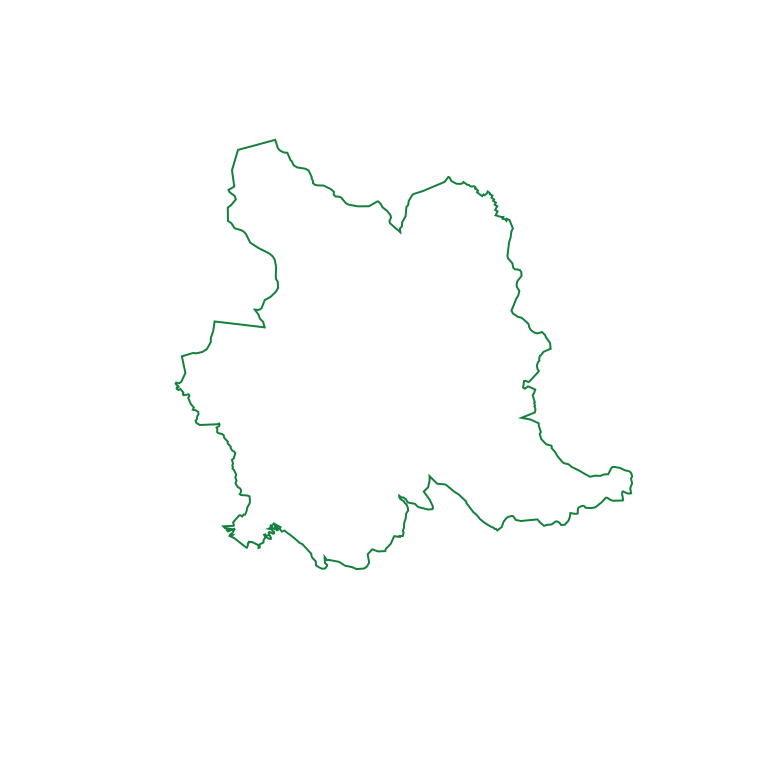 outline of Tlaola, Puebla, Mexico, rotated 309°
{"feature_id": "50627088B3423694418611", "entity_name": "Tlaola", "entity_type": "district", "adm_level": 2, "iso_a3": "MEX", "parent_name": "Mexico", "parent_adm1": "Puebla", "projection": "equal_earth", "projection_center": [-97.92, 20.163], "detail": "fine", "context": "isolated", "style": "outline", "palette": "green", "viewbox_px": 768, "rotation_deg": 309, "n_neighbors": 0, "source": "geoboundaries", "source_scale": "gbopen_adm2", "svg_char_len": 6154}
<svg xmlns="http://www.w3.org/2000/svg" viewBox="0 0 768 768"><g transform="rotate(309 384 384)"><path d="M468.3,635.1L470.3,632.3L470.6,629.9L468.5,625.2L467.3,620.2L464.3,614.9L463.3,613.8L461.5,613.6L455.0,615.0L452.4,612.1L448.6,609.8L445.8,605.9L442.0,602.9L441.3,601.6L439.5,590.1L437.7,582.3L437.7,577.8L435.7,573.7L435.7,571.3L437.2,563.7L438.8,559.9L439.7,554.5L440.7,554.1L441.4,552.9L439.2,547.9L440.2,541.0L443.0,536.6L445.4,536.1L449.2,530.3L450.8,528.9L448.6,520.2L444.2,512.1L456.7,519.1L458.7,518.3L460.3,516.9L461.2,515.0L462.4,514.8L463.7,512.7L464.7,512.7L468.8,506.6L471.2,506.4L474.9,505.0L472.8,497.5L469.0,496.4L468.8,494.3L474.6,491.0L475.6,492.0L476.3,494.9L477.3,495.4L490.2,496.3L491.6,496.1L492.2,494.0L494.5,491.2L498.0,489.9L499.8,490.1L501.8,488.3L504.4,487.4L505.3,487.9L509.3,487.7L516.3,491.3L520.3,487.3L522.2,480.5L523.4,478.4L523.8,474.0L520.0,471.6L518.6,468.5L518.3,464.3L519.4,461.3L521.5,458.7L521.9,454.9L522.1,449.1L520.5,446.1L519.9,439.9L521.2,436.9L533.9,433.0L537.1,432.7L541.4,430.7L543.2,426.0L545.0,424.2L548.1,422.9L554.4,422.9L557.3,420.4L558.0,418.1L557.4,416.3L555.5,413.5L555.6,411.4L558.6,407.8L559.7,401.4L561.4,399.2L572.8,392.1L577.7,390.1L582.7,387.0L586.0,386.3L590.4,378.3L589.6,375.6L587.9,376.4L588.3,374.4L587.0,372.1L588.9,371.5L587.6,370.1L585.3,364.5L589.7,363.6L589.2,360.8L593.5,360.1L593.0,357.1L595.4,356.8L595.0,353.6L596.7,353.4L596.4,350.3L598.7,349.7L598.1,346.9L598.9,346.5L598.9,343.5L596.4,344.0L593.9,343.3L593.9,342.1L591.8,342.1L591.6,335.6L593.4,335.5L593.6,333.1L593.1,331.9L594.5,331.4L594.4,329.5L592.6,327.9L591.9,326.2L592.1,324.8L591.3,323.4L590.9,318.6L589.4,318.7L587.4,317.3L585.2,314.1L584.1,308.7L585.8,304.9L585.4,303.7L579.1,303.9L558.1,292.6L550.1,287.3L548.3,287.1L541.9,288.0L538.2,290.2L535.7,290.0L527.9,295.2L520.9,296.4L518.0,298.7L514.8,298.5L512.2,301.2L512.7,287.3L514.1,285.7L517.8,284.7L519.2,282.8L520.5,277.7L520.4,271.6L521.9,267.9L522.3,264.8L521.6,263.9L512.7,260.5L505.6,251.9L501.2,243.8L500.5,240.8L501.9,233.3L501.4,231.3L499.4,228.7L499.3,227.4L499.5,225.7L501.8,224.1L502.0,220.2L500.2,212.1L496.5,207.3L495.3,204.6L495.4,202.4L496.9,201.4L498.3,198.3L499.3,197.7L502.4,191.3L502.0,187.8L497.7,180.3L497.1,176.2L499.1,172.0L499.1,170.6L502.9,163.3L501.4,161.4L500.4,158.7L500.0,156.0L500.5,153.0L505.3,145.8L474.0,123.2L454.4,131.4L443.2,143.4L436.9,141.0L435.9,143.6L436.2,149.7L434.2,152.7L426.7,152.6L422.8,151.6L412.5,160.1L412.9,164.3L411.1,169.4L411.4,171.1L413.7,176.2L414.1,178.8L413.8,182.0L409.6,191.2L410.7,200.9L413.3,213.0L413.1,217.4L411.8,220.9L407.1,226.5L399.5,232.2L397.5,234.2L396.7,236.9L392.1,241.2L387.6,241.9L380.2,241.0L374.3,238.5L365.6,241.2L362.8,240.1L360.5,236.8L358.9,242.9L356.7,246.4L356.2,251.0L352.9,255.6L326.0,213.0L317.8,217.9L310.7,220.5L307.7,223.0L299.6,224.4L294.6,222.7L289.9,219.0L287.8,216.0L278.3,209.5L267.6,222.7L258.2,225.1L255.6,224.3L254.3,221.6L253.2,221.8L252.8,223.0L253.0,225.2L252.3,226.2L250.9,225.2L249.9,225.8L249.9,228.0L252.0,228.9L251.1,233.4L249.2,234.3L249.3,235.5L253.0,238.6L252.4,240.2L249.9,240.7L246.9,246.3L246.0,251.1L243.7,251.6L245.0,254.0L245.4,257.1L243.9,258.8L241.6,259.1L238.7,260.8L236.9,260.6L235.7,262.5L236.2,266.6L247.8,279.8L249.5,280.7L248.9,281.9L247.7,282.3L244.8,281.3L244.1,282.9L241.7,284.5L241.5,286.0L243.2,289.6L243.3,291.7L241.6,293.7L240.9,298.9L239.6,299.7L238.8,304.4L237.8,305.0L236.9,307.5L237.1,310.7L236.6,312.0L231.5,314.1L229.4,313.5L227.1,316.8L225.1,317.4L224.4,318.9L222.9,319.5L222.7,321.7L220.6,326.2L217.8,327.2L216.3,330.0L213.3,331.1L211.9,335.2L212.3,337.8L211.7,339.5L209.7,340.9L207.6,341.3L207.7,342.7L211.3,347.9L212.1,350.2L208.9,353.3L206.5,354.8L202.5,355.3L198.0,357.5L195.0,358.2L194.2,357.0L191.8,357.1L191.5,354.9L190.9,354.2L181.6,353.8L179.8,356.2L179.1,356.3L172.3,348.7L171.9,350.9L174.5,355.4L171.5,353.9L171.3,355.5L177.2,358.8L177.0,359.3L172.9,359.9L170.1,359.2L169.1,359.5L171.2,361.4L169.1,361.0L170.0,364.9L170.2,380.0L170.5,380.5L173.1,379.7L174.5,378.5L175.3,378.9L176.4,378.3L178.3,381.3L179.5,387.0L179.1,388.6L177.6,389.7L178.6,390.3L181.1,388.3L185.0,390.1L186.6,388.8L190.2,388.3L191.4,385.7L192.5,386.5L191.1,389.6L191.3,391.8L192.3,393.5L193.2,393.0L194.3,391.0L193.7,389.1L195.2,389.1L196.0,387.9L197.0,388.1L197.8,392.1L198.8,392.5L200.0,391.3L199.6,389.9L200.4,388.4L198.8,385.3L200.5,386.2L202.9,384.9L203.9,386.2L201.9,386.9L201.6,388.1L202.4,390.0L203.7,389.3L203.8,391.4L202.8,392.6L203.5,393.4L204.6,392.9L205.5,391.4L206.0,385.1L207.6,393.7L205.9,393.9L205.0,397.5L207.4,398.8L207.8,410.6L207.5,418.8L208.2,421.4L206.3,434.3L204.6,435.9L203.7,438.4L203.3,442.5L200.3,445.3L200.5,448.2L201.4,452.1L203.7,454.4L206.7,454.2L207.6,453.7L207.9,450.6L212.2,446.7L211.2,450.5L212.6,451.9L217.5,461.0L218.3,468.1L221.6,474.4L222.9,479.2L228.3,484.8L231.3,485.6L235.0,485.1L236.5,484.2L241.3,478.5L248.1,478.9L250.2,484.8L254.9,490.1L257.1,489.2L264.2,489.8L272.2,487.7L275.1,492.5L275.8,491.8L277.6,494.3L281.1,492.6L281.5,491.3L284.9,489.9L288.8,487.1L293.1,485.5L297.5,482.7L300.9,482.4L302.9,480.3L304.5,477.3L304.7,474.5L305.4,473.2L304.9,469.2L305.7,467.0L306.8,466.1L306.7,468.6L308.0,470.6L308.2,473.5L306.9,477.0L310.3,483.4L309.9,488.0L314.2,497.3L317.1,500.3L318.1,500.3L319.8,498.6L322.7,492.7L325.4,482.6L331.4,483.3L337.9,480.1L341.0,477.4L340.0,488.2L344.2,494.4L344.7,496.0L344.5,506.7L345.2,511.6L344.4,521.7L343.3,523.1L340.6,534.3L340.6,538.3L339.4,543.8L339.5,550.5L340.6,557.9L341.3,559.4L341.1,561.5L341.9,562.1L341.5,564.2L347.0,565.5L352.2,563.6L356.3,563.5L358.8,564.1L361.7,566.2L362.4,567.1L362.3,568.7L361.3,572.0L363.7,576.6L375.3,588.4L374.5,593.1L374.5,597.7L377.5,599.6L380.2,602.6L385.3,604.0L386.3,605.5L386.6,607.7L385.9,610.4L388.5,613.1L393.6,613.4L397.0,612.4L401.0,610.1L403.8,614.9L405.4,616.0L409.0,613.2L410.5,613.0L413.1,614.2L414.6,615.3L415.1,616.5L414.7,618.5L417.9,623.1L421.1,625.8L429.2,627.6L435.4,628.0L436.0,629.1L436.6,633.6L437.6,635.7L443.7,642.8L444.5,642.7L448.3,638.3L450.1,637.1L451.1,637.5L451.8,641.2L452.8,643.1L454.6,644.8L458.0,640.9L463.0,639.3L465.9,635.5L468.3,635.1Z" fill="none" stroke="#15803d" stroke-width="2"/></g></svg>